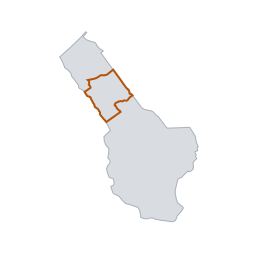 Collines on a map of Benin (orthographic projection), rotated 144°
{"feature_id": "BEN-2171", "entity_name": "Collines", "entity_type": "Department", "adm_level": 1, "iso_a3": "BEN", "parent_name": "Benin", "parent_adm1": "", "projection": "orthographic", "projection_center": [2.189, 8.101], "detail": "fine", "context": "in_parent", "style": "outline", "palette": "amber", "viewbox_px": 256, "rotation_deg": 144, "n_neighbors": 0, "source": "natural_earth", "source_scale": "10m", "svg_char_len": 3370}
<svg xmlns="http://www.w3.org/2000/svg" viewBox="0 0 256 256"><g transform="rotate(144 128 128)"><path d="M105.7,230.7L105.3,229.5L110.8,228.1L109.7,223.7L106.2,218.5L104.9,217.6L104.2,215.0L105.0,213.3L104.6,212.2L104.3,208.7L102.7,204.8L105.8,204.7L105.8,192.3L105.8,180.4L105.8,170.3L105.8,162.2L105.2,152.6L105.1,145.6L105.0,136.3L103.9,133.4L99.3,128.4L98.0,125.9L97.8,122.5L96.8,119.0L96.7,112.9L96.6,105.9L96.2,104.7L91.2,101.3L84.1,96.5L78.6,92.9L78.2,92.6L77.7,91.7L78.5,80.9L79.7,79.5L81.4,75.1L82.3,71.5L83.1,71.5L84.2,70.4L85.0,68.7L86.0,69.0L87.6,69.4L88.3,68.8L88.2,67.4L88.7,66.1L90.0,65.5L90.3,64.3L90.3,62.9L91.4,62.6L93.2,62.6L94.7,62.2L95.9,61.5L97.5,58.7L98.4,57.8L98.6,57.1L99.5,56.5L102.0,56.2L103.9,56.4L105.2,58.0L113.6,56.6L117.6,57.4L125.8,50.4L127.6,48.4L130.1,43.4L130.9,41.5L131.7,38.1L130.1,31.8L130.2,30.7L133.5,29.4L137.7,28.3L139.4,28.2L140.4,27.7L142.0,26.3L144.5,25.3L145.9,25.7L146.8,25.8L155.7,34.1L159.6,38.3L160.6,40.5L162.6,42.0L165.5,43.0L168.2,45.1L170.3,48.1L169.0,50.3L166.9,54.7L166.8,58.1L171.8,65.4L172.4,66.1L173.7,67.3L174.4,68.6L175.0,72.2L175.3,76.2L175.7,79.0L178.1,82.8L178.3,84.3L176.7,90.0L176.3,90.6L175.9,90.8L173.3,90.3L172.2,90.9L170.8,92.9L170.0,94.8L169.9,95.6L172.2,99.2L170.8,104.4L169.3,107.7L166.7,109.5L164.3,110.0L162.7,110.8L161.7,112.0L161.9,115.7L158.4,119.1L156.5,121.4L155.5,122.9L156.0,127.2L154.7,131.7L152.6,135.1L147.7,135.9L143.7,136.3L142.3,145.2L142.4,150.8L142.0,156.5L141.4,158.9L141.6,162.2L141.4,169.6L140.8,175.5L141.5,177.1L142.0,180.5L141.9,184.1L143.0,186.5L144.1,188.7L144.1,189.8L143.5,190.5L143.0,191.4L143.0,199.8L143.2,202.3L142.9,203.9L142.0,205.3L142.4,209.5L143.1,212.2L143.8,214.2L143.1,215.9L142.5,218.1L141.6,223.7L141.6,225.6L127.7,227.0L112.1,229.2L105.7,230.7Z" fill="#d9dde1" stroke="#a8b0b8" stroke-width="1"/><path d="M140.3,174.8L140.4,175.0L140.6,175.4L141.0,176.3L141.8,177.2L142.1,177.7L142.2,178.2L141.9,182.7L135.1,182.6L134.6,182.6L134.1,184.0L134.1,185.0L134.3,185.8L134.2,186.2L133.7,186.4L133.4,186.6L132.4,188.1L132.0,188.8L132.1,189.6L132.3,190.4L126.4,187.7L124.0,187.0L122.1,186.8L120.4,186.8L118.8,186.6L117.6,185.7L116.3,184.6L114.5,183.8L113.0,183.5L106.4,183.9L105.7,183.9L105.7,183.3L105.7,176.7L105.7,171.4L105.8,166.1L105.8,162.3L105.5,159.4L105.3,159.1L105.1,159.0L105.0,158.9L105.2,158.1L105.2,157.5L105.3,157.2L106.3,155.4L106.5,154.8L106.3,154.5L105.5,153.4L105.3,153.0L105.3,152.7L105.2,151.7L105.8,151.7L107.6,151.8L108.2,151.7L108.4,151.7L108.8,151.7L111.6,150.9L112.2,150.8L112.6,150.8L112.8,150.8L113.1,151.0L113.4,151.2L113.7,151.4L114.6,152.3L114.8,152.5L115.0,152.6L115.4,152.7L116.4,152.7L116.6,152.7L116.8,152.8L117.0,153.0L117.5,153.6L117.8,153.8L118.0,154.0L118.3,154.2L119.3,154.5L119.5,154.6L119.8,154.9L120.0,154.9L120.2,155.0L121.0,155.0L121.4,155.0L122.3,155.4L122.5,155.4L123.5,155.4L124.0,155.2L124.4,155.1L124.7,154.9L125.2,154.5L125.4,154.1L125.2,153.9L125.0,153.1L125.4,150.3L124.9,147.3L124.7,146.8L124.4,146.4L124.6,145.4L142.0,145.6L142.7,153.7L142.7,154.7L142.5,155.8L142.2,156.2L141.6,156.9L141.4,157.3L141.4,157.6L141.5,158.3L141.5,158.6L141.2,159.9L141.2,160.6L141.3,161.4L141.5,162.1L142.2,163.5L142.4,164.2L142.4,164.9L142.1,165.6L141.8,166.1L141.6,166.7L141.5,167.3L141.4,169.3L141.0,171.4L140.9,173.5L140.7,173.8L140.4,174.4L140.3,174.7L140.3,174.8Z" fill="none" stroke="#b45309" stroke-width="2"/></g></svg>